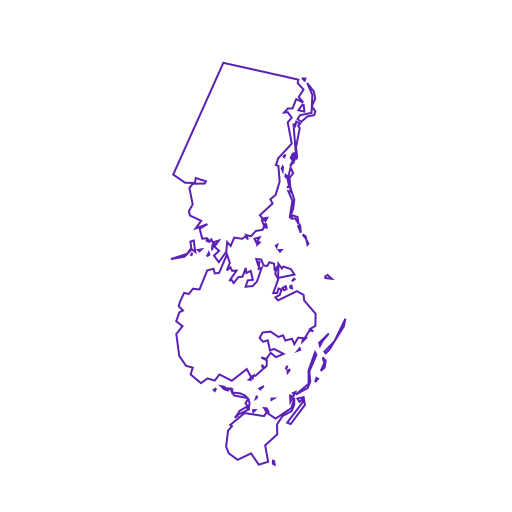 outline of Marovo, Western, Solomon Islands, rotated 42°
{"feature_id": "97153195B98406832943487", "entity_name": "Marovo", "entity_type": "district", "adm_level": 2, "iso_a3": "SLB", "parent_name": "Solomon Islands", "parent_adm1": "Western", "projection": "robinson", "projection_center": [157.974, -8.525], "detail": "fine", "context": "isolated", "style": "outline", "palette": "violet", "viewbox_px": 512, "rotation_deg": 42, "n_neighbors": 0, "source": "geoboundaries", "source_scale": "gbopen_adm2", "svg_char_len": 6215}
<svg xmlns="http://www.w3.org/2000/svg" viewBox="0 0 512 512"><g transform="rotate(42 256 256)"><path d="M102.5,134.3L140.0,250.9L154.3,249.0L161.7,242.7L159.1,238.3L168.8,234.0L169.4,236.5L160.7,244.6L160.9,249.9L174.4,260.0L176.1,267.6L179.9,270.1L191.7,266.5L192.7,275.8L198.6,264.8L195.8,273.4L204.4,279.1L207.7,275.6L210.6,275.9L208.3,278.0L211.9,276.7L211.7,273.5L214.8,274.9L218.0,269.4L218.8,276.9L225.1,276.8L224.5,283.8L232.5,285.5L231.0,272.6L225.3,265.0L230.4,265.5L227.5,256.9L234.2,252.5L235.0,248.6L239.0,249.0L234.5,247.0L239.1,244.7L239.1,237.5L243.4,232.1L242.0,228.3L236.4,225.5L235.9,224.3L238.7,224.0L231.6,223.1L233.2,205.9L228.7,204.2L229.7,197.5L223.8,184.9L212.3,174.0L210.0,175.1L207.1,168.6L207.4,148.6L190.1,135.4L190.0,129.3L183.4,127.9L180.9,130.6L181.0,125.1L184.4,121.9L180.9,112.5L188.3,110.3L181.4,109.2L179.9,100.5L171.4,99.7L169.4,96.6L102.5,134.3ZM349.0,273.7L345.0,274.1L346.9,268.2L338.9,259.0L321.5,256.8L317.3,253.0L309.9,254.8L302.1,274.2L298.1,273.8L299.7,269.0L297.5,263.9L294.5,265.1L296.5,269.5L293.6,272.0L288.1,258.4L282.1,256.2L279.0,250.7L278.8,253.5L274.5,249.6L270.1,251.7L271.0,255.9L268.1,258.0L262.2,255.1L258.2,258.1L262.4,260.6L261.8,258.8L262.0,258.4L262.4,258.1L266.7,263.9L268.1,260.9L273.8,274.4L273.6,280.6L268.8,285.8L266.2,279.7L269.6,275.8L262.0,270.6L260.2,275.1L256.4,271.8L259.8,280.5L257.0,283.5L257.5,291.1L253.4,289.9L252.9,292.5L251.3,279.9L248.2,283.0L244.6,281.5L244.0,286.2L241.2,278.7L233.3,274.2L239.9,293.2L237.0,296.5L233.0,293.9L229.4,299.4L236.4,318.7L231.0,322.5L231.5,329.2L227.3,331.5L230.2,341.0L232.2,345.0L238.2,345.4L236.7,349.1L240.4,357.9L248.3,357.3L249.0,367.3L265.8,381.6L277.4,384.4L283.7,381.3L286.7,387.8L300.2,387.3L301.9,379.4L308.7,376.2L308.1,368.5L321.5,364.9L324.8,346.2L332.5,349.0L335.8,345.2L336.8,334.9L333.2,333.0L337.2,333.2L337.5,330.7L333.9,326.3L327.7,327.9L332.5,325.6L331.7,318.1L338.5,317.9L341.9,310.3L331.6,313.0L329.6,316.8L321.2,310.8L318.7,315.0L313.5,314.5L312.1,308.4L317.4,302.4L326.8,301.2L329.2,296.9L334.4,299.2L338.1,293.4L343.5,295.9L342.0,288.5L347.2,284.6L345.6,275.4L349.0,273.7ZM402.7,400.8L389.5,390.6L391.1,374.3L384.3,367.1L382.8,357.2L386.2,347.5L384.1,341.2L379.4,335.8L384.0,345.3L379.4,363.7L368.6,365.3L369.1,369.6L352.6,380.4L349.9,398.8L352.0,398.5L352.1,404.5L361.3,417.6L367.8,420.9L378.7,419.8L384.4,406.0L397.7,409.2L402.7,400.8ZM205.0,112.4L203.4,108.8L197.3,107.4L194.6,99.3L189.0,95.1L178.3,93.2L190.0,98.5L201.5,112.5L194.5,121.9L195.3,126.5L199.8,126.1L200.8,117.8L205.0,112.4ZM297.0,244.1L290.7,242.4L283.4,245.5L283.6,248.0L277.9,246.8L287.1,257.5L297.0,244.1ZM221.4,157.3L220.2,154.8L212.9,148.3L203.0,131.8L200.2,131.0L200.3,128.2L196.0,129.2L198.0,132.8L196.3,132.3L195.8,133.1L221.4,157.3ZM394.2,357.7L392.0,333.9L385.8,329.0L382.2,334.2L386.0,335.4L386.2,330.7L388.6,333.6L390.7,359.0L394.2,357.7ZM208.2,293.7L199.4,286.1L197.6,289.2L202.6,293.4L203.4,300.4L194.8,315.3L203.3,304.4L203.8,294.0L208.2,293.7ZM382.7,319.6L380.5,313.2L372.9,306.1L367.0,289.0L364.3,288.1L371.6,305.8L380.6,315.8L378.3,332.3L382.7,319.6ZM373.2,276.6L368.3,249.4L364.4,242.8L371.4,266.9L370.8,281.3L372.9,281.7L373.2,276.6ZM255.7,205.4L252.1,196.3L246.8,188.5L235.1,181.8L238.8,185.1L236.6,186.2L246.1,190.6L255.7,205.4ZM344.7,367.3L341.3,367.0L336.3,368.6L329.6,373.3L333.2,374.2L344.7,367.3ZM235.2,181.7L228.6,175.4L228.2,169.5L222.5,167.1L228.3,177.9L234.1,182.2L233.0,184.4L235.2,181.7ZM353.3,375.0L349.7,375.0L347.4,382.1L348.3,387.0L353.3,375.0ZM195.3,116.3L190.4,111.9L189.2,112.3L190.0,119.3L195.3,116.3ZM221.2,160.9L219.3,156.4L215.0,153.6L218.9,159.9L215.3,157.1L216.1,159.8L221.2,160.9ZM352.2,373.4L349.4,369.3L345.7,367.6L346.8,372.5L352.2,373.4ZM381.6,292.9L377.8,287.1L373.4,286.7L378.3,289.8L381.1,298.0L381.6,292.9ZM266.2,203.7L260.7,199.2L255.4,201.6L257.5,204.4L260.2,201.8L266.2,203.7ZM379.1,341.3L377.6,335.7L374.7,336.9L379.1,341.3ZM300.8,260.0L298.2,258.6L297.1,262.0L299.8,262.7L300.8,260.0ZM363.7,280.0L362.4,274.8L362.0,264.9L361.0,278.3L363.7,280.0ZM327.6,222.2L321.8,222.2L321.1,224.9L322.3,226.0L327.6,222.2ZM384.3,310.1L384.3,305.7L382.5,306.1L384.3,310.1ZM323.8,375.3L320.2,374.2L317.1,376.1L321.5,376.3L323.8,375.3ZM219.8,289.1L220.4,286.2L218.7,285.2L219.8,289.1ZM369.5,363.3L365.8,362.1L363.8,363.6L368.3,365.0L369.5,363.3ZM247.4,245.9L246.2,239.7L243.3,244.2L247.4,245.9ZM219.4,281.2L216.7,276.3L217.8,276.2L218.4,274.6L216.7,274.5L216.3,277.1L219.4,281.2ZM347.8,288.6L348.1,282.0L347.3,286.1L346.5,286.4L347.8,288.6ZM273.7,208.8L269.4,204.6L267.6,203.6L267.3,205.6L273.7,208.8ZM245.0,227.7L242.4,225.6L241.5,226.1L243.4,229.0L245.0,227.7ZM239.6,223.6L238.8,220.1L237.1,222.1L239.6,223.6ZM335.5,349.4L334.2,347.0L333.8,349.8L335.5,349.4ZM315.7,383.9L314.8,380.9L314.2,383.9L315.7,383.9ZM299.6,250.7L300.3,247.5L299.4,247.5L299.6,250.7ZM351.6,296.1L350.2,295.4L350.3,298.6L351.6,296.1ZM377.3,333.8L376.3,330.8L375.1,333.2L377.3,333.8ZM353.8,319.4L352.9,316.4L353.3,319.4L353.8,319.4ZM328.8,373.0L327.6,370.8L326.2,371.6L328.8,373.0ZM409.5,398.6L406.7,396.3L405.6,396.8L407.6,399.1L409.5,398.6ZM286.8,213.3L286.8,211.8L282.2,210.0L286.8,213.3ZM270.9,236.7L270.9,234.5L269.0,236.4L270.9,236.7ZM207.5,298.1L206.4,296.3L207.2,299.3L207.5,298.1ZM227.1,177.4L225.5,175.7L223.8,175.9L224.6,177.3L227.1,177.4ZM363.8,352.6L364.6,350.0L362.9,351.6L363.8,352.6ZM325.0,374.2L325.1,372.0L323.4,373.4L325.0,374.2ZM351.6,360.9L350.1,359.2L351.3,362.1L351.6,360.9ZM357.6,321.6L357.5,318.7L356.9,318.2L356.0,320.1L357.6,321.6ZM282.0,209.7L279.7,208.2L277.1,208.6L277.3,209.1L282.0,209.7ZM358.4,373.7L358.6,371.0L357.0,372.4L358.4,373.7ZM210.8,163.7L210.1,160.8L209.9,163.6L210.8,163.7ZM265.3,235.6L264.3,233.6L263.9,235.1L265.3,235.6ZM335.0,351.9L334.1,350.1L333.5,352.6L335.0,351.9ZM174.9,93.1L173.9,91.1L171.9,92.8L172.5,93.2L174.9,93.1ZM348.5,352.3L348.8,347.4L347.2,352.3L348.5,352.3ZM249.4,246.4L249.7,243.5L247.9,244.1L249.4,246.4ZM304.4,256.0L302.2,254.3L301.6,255.3L302.6,256.7L304.4,256.0ZM221.3,166.2L221.0,162.0L220.0,162.5L221.3,166.2ZM218.7,174.8L216.6,171.9L216.0,171.7L216.5,173.8L218.7,174.8ZM348.5,390.4L349.0,387.8L348.3,388.1L348.5,390.4ZM210.8,290.4L211.0,287.6L208.8,290.5L210.8,290.4Z" fill="none" stroke="#5b21b6" stroke-width="2"/></g></svg>